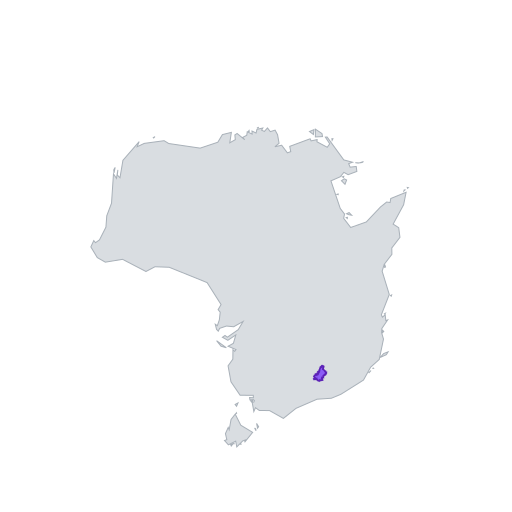 Warrumbungle, New South Wales, Australia (highlighted), rotated 44°
{"feature_id": "25037944B19485668266020", "entity_name": "Warrumbungle", "entity_type": "district", "adm_level": 2, "iso_a3": "AUS", "parent_name": "Australia", "parent_adm1": "New South Wales", "projection": "orthographic", "projection_center": [149.548, -31.455], "detail": "fine", "context": "in_parent", "style": "filled", "palette": "violet", "viewbox_px": 512, "rotation_deg": 44, "n_neighbors": 0, "source": "geoboundaries", "source_scale": "gbopen_adm2", "svg_char_len": 6746}
<svg xmlns="http://www.w3.org/2000/svg" viewBox="0 0 512 512"><g transform="rotate(44 256 256)"><path d="M326.6,116.6L332.5,137.8L339.0,136.5L346.6,142.6L348.1,155.9L352.6,160.4L354.0,172.9L357.3,179.3L378.6,191.1L387.0,211.2L389.4,212.2L389.8,208.6L394.3,212.3L395.1,210.5L396.9,220.8L399.6,223.9L405.4,227.2L416.5,244.8L415.7,256.4L419.5,270.6L413.1,296.6L409.0,306.0L399.4,316.6L390.6,337.8L388.5,353.8L373.1,357.8L365.7,364.8L361.0,365.5L362.5,369.4L354.9,363.9L355.9,362.5L355.3,361.1L353.9,361.1L351.6,363.7L349.7,362.3L352.6,359.8L350.8,358.1L341.3,367.2L325.4,363.9L312.2,354.4L311.0,346.3L304.5,339.4L306.9,339.4L306.6,337.2L298.6,340.3L300.4,334.5L296.3,326.8L294.3,336.2L288.3,337.8L288.9,334.7L291.8,334.3L294.4,321.3L292.2,312.0L289.1,322.4L283.4,326.9L280.1,333.3L281.1,336.3L278.6,336.2L274.1,333.4L276.6,333.0L274.0,327.4L269.3,321.3L266.0,320.9L264.6,315.2L239.3,309.1L201.4,324.4L190.8,333.9L187.6,343.6L162.3,351.1L151.9,365.1L142.9,367.4L130.9,364.2L128.6,357.6L131.3,357.9L132.2,353.1L128.0,339.5L120.7,330.7L115.4,318.4L96.4,295.9L101.7,297.1L96.8,290.0L100.0,294.1L103.8,294.2L93.8,279.6L92.5,254.9L94.6,260.0L97.4,252.6L109.8,236.9L115.1,235.7L140.9,217.2L149.5,200.7L147.5,192.0L152.4,184.2L158.5,192.8L160.3,186.7L156.7,183.6L157.3,181.0L167.1,180.2L164.0,180.0L165.5,175.6L163.4,172.7L168.5,171.0L166.3,168.9L170.6,167.5L168.7,164.2L172.0,159.2L172.6,161.6L175.5,160.6L175.3,155.9L179.9,156.6L182.3,152.2L187.3,153.8L194.3,158.9L193.7,164.3L197.5,158.5L206.9,160.0L208.5,156.8L204.1,153.7L213.5,134.1L215.7,134.9L219.1,129.8L220.5,131.5L231.7,128.3L231.1,124.1L223.3,122.3L224.5,121.0L252.4,125.9L260.3,121.5L258.5,125.2L262.0,126.7L265.9,122.0L269.8,125.1L265.8,133.5L261.1,134.8L261.6,140.4L257.7,149.9L283.6,163.3L290.5,164.3L292.9,168.0L304.3,169.7L311.7,154.9L311.5,134.2L312.5,126.4L315.3,124.4L313.0,121.0L319.7,105.9L326.6,116.6ZM350.9,384.2L362.6,388.3L376.1,385.2L377.2,397.9L376.2,395.6L374.9,398.3L374.8,406.7L370.0,403.3L367.3,411.0L361.5,410.6L362.6,408.4L357.4,405.0L355.1,398.6L357.4,399.6L351.6,390.9L350.9,384.2ZM210.6,123.5L218.4,122.1L220.9,123.9L216.0,129.1L210.6,123.5ZM286.5,344.3L298.4,342.6L293.5,345.2L286.5,344.3ZM268.4,138.4L270.2,142.6L265.2,142.5L265.8,139.2L268.4,138.4ZM415.8,242.8L415.6,237.5L417.6,233.2L418.3,236.4L415.8,242.8ZM372.7,376.0L376.5,377.0L376.7,378.8L372.7,376.0ZM209.9,124.9L212.9,128.7L208.0,129.3L209.9,124.9ZM346.4,377.6L344.1,377.3L345.1,374.2L346.4,377.6ZM296.5,160.2L294.1,161.8L291.8,162.7L292.8,160.1L296.5,160.2ZM96.1,294.8L93.9,292.9L93.2,290.7L93.4,290.5L96.1,294.8ZM375.9,380.5L377.4,381.7L374.5,380.7L375.9,380.5ZM398.5,221.5L400.3,221.5L400.3,223.8L398.5,221.5ZM354.6,172.7L356.8,174.0L356.4,174.8L354.6,172.7ZM370.0,407.9L370.2,409.9L368.8,409.3L370.0,407.9ZM418.3,258.5L418.4,261.4L418.2,261.4L418.3,258.5ZM230.4,119.9L229.1,118.9L229.9,118.2L230.4,119.9ZM267.4,115.0L265.6,117.4L267.7,113.4L267.4,115.0ZM418.7,255.1L417.8,256.0L418.4,255.0L418.7,255.1ZM272.5,154.8L271.4,155.4L272.0,154.3L272.5,154.8ZM264.4,138.7L263.1,139.1L263.8,137.7L264.4,138.7ZM100.4,240.3L100.4,242.2L99.9,242.2L100.4,240.3ZM317.3,105.0L317.2,106.5L316.7,105.5L317.3,105.0ZM354.0,361.9L354.3,362.9L353.9,362.6L354.0,361.9ZM265.1,118.1L262.6,119.9L265.2,117.7L265.1,118.1ZM168.6,162.0L167.8,163.3L168.3,161.9L168.6,162.0ZM370.7,406.4L370.0,406.8L370.4,406.0L370.7,406.4ZM295.6,165.6L294.2,165.7L294.9,164.7L295.6,165.6ZM164.6,171.1L164.0,171.9L163.8,170.5L164.6,171.1ZM376.0,401.9L375.0,402.5L375.3,401.4L376.0,401.9ZM318.1,101.0L318.0,102.0L317.2,101.6L318.1,101.0ZM353.5,363.2L354.5,364.1L352.9,363.9L353.5,363.2ZM381.2,191.0L380.2,191.0L380.6,189.8L381.2,191.0ZM389.0,208.4L388.5,208.4L388.8,207.5L389.0,208.4ZM351.3,382.6L351.1,383.4L350.8,382.4L351.3,382.6Z" fill="#d9dde1" stroke="#a8b0b8" stroke-width="1"/><path d="M381.7,294.8L381.6,295.2L381.5,295.3L381.3,295.3L381.3,295.2L381.2,295.3L381.1,295.5L381.0,295.8L380.9,295.9L380.9,296.0L380.9,296.3L381.1,296.2L381.4,296.2L381.6,296.2L381.5,296.3L381.5,296.6L382.2,296.7L382.2,296.9L382.3,296.9L382.3,297.0L382.2,297.2L382.2,297.3L382.3,297.4L382.2,297.4L382.2,297.5L382.1,297.8L382.1,298.0L382.0,297.9L382.0,298.0L381.9,298.1L381.9,298.3L381.8,298.2L381.8,298.3L381.7,298.4L381.8,298.5L381.7,298.5L381.8,298.7L381.7,298.8L381.8,298.8L381.7,298.8L381.8,298.8L381.9,299.0L381.9,299.3L382.0,299.3L381.9,299.4L382.0,299.5L381.9,299.5L381.7,299.6L381.4,299.9L381.2,299.9L381.3,300.0L381.3,300.4L381.2,300.4L381.1,300.6L381.1,300.8L381.4,300.8L381.5,300.8L381.3,301.9L381.2,301.9L381.3,302.1L381.4,302.3L381.4,302.5L381.5,302.5L381.7,302.4L381.8,302.4L381.8,302.5L382.0,302.5L382.3,302.6L382.5,302.6L382.8,302.5L382.8,302.8L382.9,303.1L383.0,303.2L383.0,303.3L382.9,303.2L382.9,303.3L382.8,303.5L382.8,304.0L382.8,304.3L383.1,304.3L383.4,304.3L383.5,304.2L383.6,304.4L383.8,304.2L384.0,303.9L384.1,303.7L384.2,303.3L384.3,303.3L384.3,303.2L384.5,303.2L384.5,302.8L384.7,302.7L384.6,302.4L384.8,302.4L384.8,302.5L385.0,302.5L385.0,302.4L385.1,302.5L385.2,302.2L385.3,302.2L385.4,302.3L385.5,302.3L385.8,302.3L385.9,302.5L386.1,302.7L386.3,302.6L386.5,302.6L386.8,302.6L387.3,302.6L387.3,302.4L387.5,302.4L387.5,302.2L387.7,301.9L387.8,301.9L388.1,301.7L388.1,301.8L388.1,301.7L388.2,301.8L388.3,301.8L388.2,301.6L388.3,301.5L388.2,301.5L388.3,301.4L388.1,301.3L388.0,301.2L388.3,300.9L388.4,300.7L388.5,300.6L388.6,300.4L388.8,300.4L389.1,300.2L389.3,299.9L389.4,300.0L389.5,299.9L389.6,299.7L389.8,299.4L390.1,299.1L389.9,299.0L389.7,298.8L389.7,298.7L389.4,298.6L389.2,298.8L389.0,298.7L388.8,298.7L388.8,298.8L388.7,298.6L388.3,298.6L388.2,298.5L388.2,298.3L388.2,298.2L388.0,297.9L388.5,297.9L388.4,297.9L388.5,297.9L388.4,297.8L388.4,297.7L388.5,297.5L388.6,297.3L388.6,297.2L388.3,297.1L388.2,297.1L388.3,296.3L388.6,296.3L388.5,296.2L388.4,296.0L388.4,295.8L388.3,295.7L388.2,295.6L387.7,295.6L387.8,295.0L387.6,295.0L387.6,294.9L387.6,294.6L387.6,294.4L387.6,294.1L387.9,294.2L388.0,294.0L388.0,293.9L388.3,293.9L388.4,293.7L388.4,293.4L388.4,293.2L388.5,292.9L387.8,292.8L387.9,292.4L388.1,291.4L387.9,291.2L387.9,291.4L387.3,291.3L387.2,291.3L387.0,291.2L386.8,291.2L386.8,291.3L386.3,291.2L386.4,290.9L386.5,291.0L386.5,290.9L385.4,290.7L385.2,291.0L384.5,290.9L383.7,290.7L382.9,291.1L382.4,290.0L382.2,290.1L382.2,289.9L382.1,289.7L382.1,289.4L381.5,289.3L381.5,288.8L381.6,288.7L381.4,288.3L381.1,288.4L380.9,288.4L380.9,288.5L381.0,288.6L380.7,288.7L379.6,288.9L379.5,289.7L379.8,290.1L380.2,290.4L379.7,290.8L380.0,290.9L380.1,291.1L380.0,291.4L379.9,291.9L379.9,292.0L379.8,292.3L380.4,292.5L380.5,292.8L380.5,293.0L380.5,293.3L380.6,293.5L380.6,293.9L380.8,294.0L380.9,294.3L381.0,294.2L381.1,294.3L381.3,294.3L381.4,294.5L381.6,294.6L381.7,294.8Z" fill="#8b5cf6" stroke="#5b21b6" stroke-width="1.5"/></g></svg>